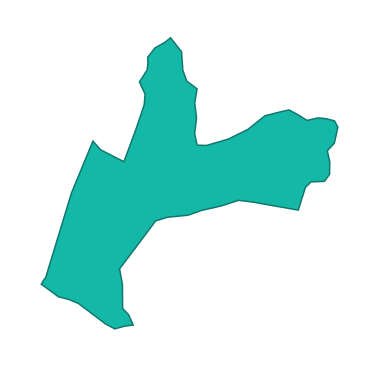 map outline of Kamwenge (Robinson projection), rotated 10°
{"feature_id": "UGA-3368", "entity_name": "Kamwenge", "entity_type": "District", "adm_level": 1, "iso_a3": "UGA", "parent_name": "Uganda", "parent_adm1": "", "projection": "robinson", "projection_center": [30.551, 0.184], "detail": "fine", "context": "isolated", "style": "filled", "palette": "teal", "viewbox_px": 384, "rotation_deg": 10, "n_neighbors": 0, "source": "natural_earth", "source_scale": "10m", "svg_char_len": 935}
<svg xmlns="http://www.w3.org/2000/svg" viewBox="0 0 384 384"><g transform="rotate(10 192 192)"><path d="M144.1,43.8L157.4,55.8L161.8,73.6L167.5,83.6L179.1,89.6L179.2,103.6L183.6,118.3L184.5,134.1L188.9,145.0L198.3,143.6L218.5,133.6L236.1,120.7L250.6,104.3L263.2,98.6L273.3,94.3L284.0,97.9L292.9,101.5L303.4,97.1L311.1,96.5L320.0,97.2L324.4,102.9L323.7,119.3L318.1,127.9L322.5,138.6L324.4,150.7L320.6,158.5L307.4,161.4L302.9,167.8L299.8,191.4L282.8,191.4L253.2,191.4L239.3,192.1L223.3,200.6L204.6,208.5L192.0,215.6L172.3,221.1L161.2,226.8L144.1,260.6L134.0,280.3L139.5,295.0L143.9,318.7L150.8,323.8L157.2,333.2L148.3,336.1L139.8,340.2L129.6,336.9L99.5,321.5L89.1,319.2L78.6,318.3L59.6,309.0L61.0,305.1L62.8,301.4L73.5,213.7L85.6,159.1L94.6,166.3L119.7,174.0L126.0,139.4L129.8,114.5L128.8,103.8L121.1,92.7L126.6,79.7L126.3,73.3L125.0,67.0L130.4,56.7L139.6,49.0L144.1,43.8Z" fill="#14b8a6" stroke="#0f766e" stroke-width="1.5"/></g></svg>